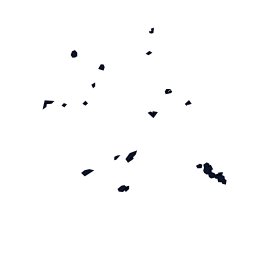 outline of Eastern, rotated 244°
{"feature_id": "FJI-2618", "entity_name": "Eastern", "entity_type": "Division", "adm_level": 1, "iso_a3": "FJI", "parent_name": "Fiji", "parent_adm1": "", "projection": "equal_earth", "projection_center": [179.768, -18.91], "detail": "medium", "context": "isolated", "style": "filled", "palette": "ink", "viewbox_px": 256, "rotation_deg": 244, "n_neighbors": 0, "source": "natural_earth", "source_scale": "10m", "svg_char_len": 1902}
<svg xmlns="http://www.w3.org/2000/svg" viewBox="0 0 256 256"><g transform="rotate(244 128 128)"><path d="M58.6,179.6L61.3,180.2L61.8,183.3L60.1,184.6L58.3,183.8L57.9,185.6L54.3,185.6L54.6,183.8L53.3,183.8L53.9,182.9L51.4,183.0L49.3,185.2L47.2,185.6L46.9,187.9L46.2,187.4L46.1,188.9L47.4,189.9L46.4,192.8L45.6,192.3L45.6,190.1L42.2,192.7L39.5,191.8L37.9,192.8L35.3,191.0L36.8,189.1L38.6,189.2L40.2,186.2L43.9,187.0L44.4,185.2L46.0,184.8L46.9,181.0L48.7,180.1L51.9,180.7L52.3,178.8L54.4,177.6L56.3,177.6L58.6,179.6ZM100.8,112.9L103.9,118.7L103.3,124.8L101.4,122.9L99.3,116.9L98.6,119.5L97.6,113.4L100.8,112.9ZM108.3,70.4L107.3,74.8L105.3,77.3L104.3,68.4L107.6,67.2L108.3,70.4ZM75.3,92.6L77.2,92.6L78.2,96.8L77.6,99.2L74.9,100.4L73.5,95.5L75.3,92.6ZM218.4,109.3L220.7,111.6L220.6,113.9L218.1,114.6L215.5,113.4L215.3,111.4L216.2,109.5L218.4,109.3ZM183.0,61.1L188.4,65.4L184.7,71.9L184.1,69.9L186.0,65.2L183.4,63.4L183.0,61.1ZM132.3,153.4L132.3,155.0L129.8,156.9L131.2,157.8L129.3,160.4L126.8,155.6L132.3,153.4ZM194.1,128.3L196.3,131.5L195.4,133.1L193.3,133.0L191.4,131.2L194.1,128.3ZM63.5,173.3L63.6,176.6L62.4,177.7L60.6,176.4L61.8,173.5L63.5,173.3ZM141.3,182.1L142.4,177.5L144.2,177.7L145.4,179.6L144.4,181.6L144.0,179.4L142.9,179.1L142.1,180.1L142.6,182.6L141.9,182.9L141.3,182.1ZM124.2,190.5L125.4,194.5L122.7,194.9L123.0,193.2L124.0,193.6L123.2,190.8L124.2,190.5ZM168.2,101.9L167.6,99.9L169.4,98.8L170.2,101.2L168.2,101.9ZM185.6,181.6L185.2,178.7L186.5,177.7L187.1,180.6L185.6,181.6ZM180.0,114.8L182.3,114.8L182.5,117.2L180.5,116.3L180.0,114.8ZM203.7,190.5L204.8,192.4L206.4,192.7L206.2,194.1L203.1,192.1L203.3,190.9L204.1,189.8L205.4,189.6L203.7,190.5ZM176.3,82.3L175.4,80.2L176.9,79.2L177.6,81.1L176.3,82.3ZM107.3,103.5L107.3,106.0L106.9,107.2L105.4,103.4L105.6,102.6L107.3,103.5ZM72.2,98.0L75.4,101.6L75.1,102.6L73.3,101.7L72.2,98.0Z" fill="#0f172a" stroke="#020617" stroke-width="1.5"/></g></svg>